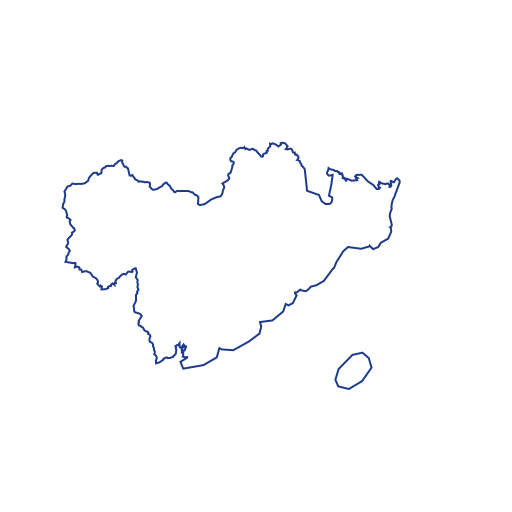 Serua, Central, Fiji (Albers equal-area conic projection), rotated 326°
{"feature_id": "14151628B68154180840071", "entity_name": "Serua", "entity_type": "district", "adm_level": 2, "iso_a3": "FJI", "parent_name": "Fiji", "parent_adm1": "Central", "projection": "albers", "projection_center": [177.939, -18.195], "detail": "fine", "context": "isolated", "style": "outline", "palette": "blue", "viewbox_px": 512, "rotation_deg": 326, "n_neighbors": 0, "source": "geoboundaries", "source_scale": "gbopen_adm2", "svg_char_len": 6139}
<svg xmlns="http://www.w3.org/2000/svg" viewBox="0 0 512 512"><g transform="rotate(326 256 256)"><path d="M198.5,102.1L198.3,101.5L197.5,101.0L195.1,100.5L192.1,101.1L190.6,100.9L188.9,101.8L188.2,101.8L186.7,100.3L185.5,99.9L182.6,97.8L181.0,97.9L180.5,98.3L179.1,97.7L176.7,98.0L175.8,98.6L174.4,100.7L173.4,100.8L171.2,100.1L170.4,100.4L170.2,99.8L170.6,97.9L167.8,96.3L164.5,96.8L161.0,98.0L159.0,99.7L154.7,100.0L151.8,98.7L147.8,96.0L146.8,95.8L144.8,93.6L144.2,93.3L141.8,93.9L138.6,93.0L133.2,95.5L132.6,97.6L131.5,99.4L128.9,101.8L127.6,103.8L125.6,104.8L122.6,107.8L123.7,110.4L123.8,112.3L122.2,116.7L120.7,117.9L120.7,118.4L121.7,119.8L122.4,122.4L121.2,122.9L120.6,123.6L119.8,125.9L120.2,130.2L120.8,131.3L120.1,133.5L118.2,133.9L116.6,133.7L115.5,135.3L114.8,135.6L109.0,136.9L107.3,140.5L103.7,142.2L104.7,145.8L104.5,147.7L102.6,148.4L101.2,149.7L98.5,150.5L97.6,151.7L97.3,152.6L94.8,154.3L100.4,159.7L102.1,160.4L102.2,161.5L99.5,164.1L102.0,164.9L103.1,166.4L103.1,166.9L102.2,168.1L102.3,168.7L103.3,169.3L103.5,170.0L102.9,172.1L105.7,173.0L107.0,173.9L109.2,177.3L109.2,181.8L110.9,185.0L111.1,187.5L110.6,189.2L108.9,190.2L108.9,190.6L109.5,194.0L109.9,194.3L110.6,193.8L111.2,195.2L109.2,197.3L112.5,199.3L115.4,199.9L116.1,198.8L117.8,199.1L118.9,199.8L119.9,198.7L121.7,198.5L122.5,200.8L123.0,199.6L123.8,199.3L124.7,200.1L125.4,198.3L127.5,197.2L130.5,197.4L131.8,196.8L135.1,196.5L136.6,197.0L137.6,198.5L141.0,197.5L142.2,198.0L144.1,199.9L144.6,200.0L145.1,199.6L145.3,198.7L145.8,198.3L148.3,198.4L149.4,198.9L148.0,203.2L144.4,206.5L144.5,209.6L142.8,211.7L142.2,213.6L140.3,215.5L139.8,218.2L137.4,219.1L136.7,220.6L134.9,221.0L131.4,226.1L126.7,228.8L124.1,234.0L124.1,234.7L127.5,239.1L127.7,241.9L122.4,244.2L121.8,245.7L120.8,246.0L120.0,248.0L121.3,249.3L121.3,250.5L122.3,252.3L121.9,254.5L122.4,256.4L123.9,258.3L123.8,259.4L123.0,260.0L123.9,261.9L123.6,263.5L121.6,264.9L120.2,266.8L120.2,268.1L121.2,269.5L121.2,271.7L120.0,273.6L120.0,274.9L118.8,277.2L118.6,278.9L116.7,280.7L117.3,282.2L117.2,284.0L116.5,285.4L114.5,286.7L113.1,289.1L116.6,290.2L120.7,290.2L121.6,289.9L121.7,289.5L124.8,289.9L125.5,290.4L125.7,291.3L127.6,292.4L131.1,293.3L131.7,292.7L134.2,292.5L135.8,291.2L137.7,288.8L137.8,287.8L138.5,287.2L138.8,285.7L140.8,285.7L141.5,286.3L143.9,285.5L142.0,288.2L141.9,289.6L142.7,289.8L143.2,290.7L144.4,291.0L144.5,289.5L146.5,288.8L146.4,290.8L147.5,291.9L147.3,292.3L146.0,292.4L145.9,293.1L143.9,294.4L142.5,293.9L142.6,292.4L142.3,292.0L141.9,292.2L142.0,292.8L140.5,294.5L141.3,295.0L141.5,295.8L140.3,297.1L139.8,298.1L139.1,298.4L139.9,299.8L142.4,301.4L142.0,301.8L134.2,301.5L132.7,308.7L151.5,317.1L166.8,318.1L174.1,311.9L175.5,314.4L184.5,321.4L202.2,322.9L215.5,322.3L220.9,317.4L222.4,313.0L233.6,318.6L247.5,317.2L253.8,312.4L255.3,315.1L260.1,315.7L267.6,311.4L267.5,308.9L267.9,308.0L269.6,309.0L273.9,308.6L274.4,309.9L277.2,312.7L279.4,313.2L284.3,312.1L289.7,314.0L298.3,314.6L312.8,309.5L313.9,309.6L319.3,306.0L330.8,300.9L337.3,300.0L347.2,308.8L355.5,311.5L356.0,311.1L356.9,315.8L362.3,316.9L366.8,314.8L375.3,315.5L381.7,311.5L383.8,307.5L383.5,307.1L385.2,307.0L386.1,305.9L389.1,297.7L391.2,295.4L394.9,292.8L395.7,291.0L397.8,288.6L400.7,286.0L403.5,284.5L416.3,275.3L417.2,273.7L416.6,270.6L415.0,270.5L411.5,272.0L410.8,271.4L410.2,269.5L409.8,269.2L409.4,269.2L409.0,269.8L407.6,273.3L406.7,273.7L405.7,273.7L405.3,273.4L406.4,272.1L406.4,271.2L405.9,269.7L405.2,269.1L403.7,268.9L403.0,268.3L400.4,265.5L399.8,264.4L400.0,263.6L399.6,263.3L398.4,264.6L398.2,265.5L397.2,265.3L396.6,265.9L396.7,266.8L396.3,267.6L396.9,268.8L395.3,269.1L393.5,268.0L392.9,262.6L390.5,256.8L389.1,247.8L384.7,245.0L382.7,245.4L383.8,248.1L382.4,247.6L382.2,249.7L377.2,246.9L376.2,245.0L374.7,243.2L372.7,243.9L372.7,242.5L373.6,242.1L373.7,241.7L372.6,240.7L372.1,240.7L371.5,239.8L372.5,239.4L372.4,238.6L373.1,237.4L372.8,236.8L373.4,235.6L372.9,235.4L372.6,236.1L372.3,235.6L372.4,235.0L371.1,234.8L371.2,234.4L371.8,234.6L371.8,233.0L370.8,231.8L370.8,230.9L369.9,230.5L368.8,229.4L368.7,228.4L365.7,225.2L365.3,223.7L363.7,225.3L361.6,226.5L360.9,227.7L361.2,229.9L361.9,230.5L364.9,231.6L358.4,238.9L350.2,246.8L351.8,249.8L351.7,250.5L350.2,252.4L348.7,253.6L347.4,254.1L346.0,253.9L342.7,251.8L341.1,247.2L342.3,240.6L334.8,230.5L345.0,211.2L344.7,207.4L344.3,206.7L344.9,205.2L344.9,203.0L345.4,201.8L344.5,200.5L344.5,199.7L344.0,199.4L345.8,198.7L346.3,198.1L346.6,197.5L346.5,194.7L345.7,194.5L345.1,193.7L346.0,191.9L344.7,191.1L344.7,189.9L345.2,188.8L345.2,186.9L344.2,186.0L341.9,185.4L340.5,184.1L343.6,182.7L343.1,178.8L341.3,176.9L339.6,176.2L339.1,177.6L335.8,177.7L334.8,174.7L332.8,171.9L331.5,171.9L330.5,170.7L329.1,173.1L325.7,173.7L324.6,175.3L323.5,174.9L322.7,176.5L320.2,175.8L318.8,175.7L317.6,177.2L316.7,177.2L316.1,176.7L315.1,170.4L315.1,168.5L313.9,167.3L313.6,165.6L312.0,164.8L310.1,164.5L309.4,163.7L308.4,161.6L307.0,161.4L307.2,159.3L306.4,159.6L305.0,159.0L304.1,157.9L302.1,157.2L299.4,157.1L296.6,158.4L294.5,158.3L291.0,160.4L289.6,160.4L288.5,161.8L288.4,162.9L288.4,163.6L289.8,165.0L289.9,165.9L289.1,167.0L286.7,167.9L286.2,169.0L281.4,172.8L279.1,172.6L278.0,173.5L277.2,176.8L274.7,177.5L268.7,177.1L268.8,178.8L268.2,181.2L264.8,183.6L263.4,185.1L261.4,186.3L259.9,186.7L256.2,185.2L250.4,184.1L242.6,184.3L237.9,182.4L237.0,180.4L241.2,175.0L240.9,172.7L239.5,170.9L239.0,167.7L238.1,167.1L236.6,164.6L229.7,159.8L228.9,159.6L227.8,158.3L226.6,157.9L224.5,157.9L224.0,157.1L224.1,155.2L223.4,153.5L223.8,149.8L222.9,146.8L223.0,145.5L222.5,144.7L219.0,144.7L218.0,145.3L216.5,145.6L215.4,145.2L212.1,145.2L209.8,144.6L207.7,143.5L207.1,142.3L206.7,138.9L208.5,137.0L208.7,135.5L206.7,133.5L205.1,132.8L204.0,131.2L202.9,130.7L201.7,129.2L200.4,128.9L200.0,127.1L198.6,124.6L199.0,123.2L198.6,121.7L198.8,119.7L197.0,119.5L196.3,118.5L198.8,111.9L198.8,111.3L198.2,110.5L198.3,109.4L196.9,108.5L196.8,108.0L197.4,103.4L198.5,102.1ZM289.4,413.1L292.4,403.7L290.2,395.7L280.7,391.9L261.3,395.9L252.6,403.0L251.3,410.1L258.6,418.2L274.2,419.0L289.4,413.1Z" fill="none" stroke="#1e3a8a" stroke-width="2"/></g></svg>